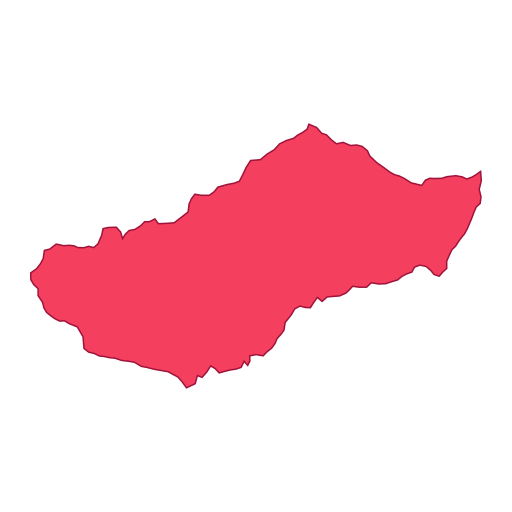 Paulistânia, São Paulo, Brazil (Natural Earth projection)
{"feature_id": "56859067B21120338583283", "entity_name": "Paulistânia", "entity_type": "district", "adm_level": 2, "iso_a3": "BRA", "parent_name": "Brazil", "parent_adm1": "São Paulo", "projection": "natural_earth1", "projection_center": [-49.301, -22.568], "detail": "fine", "context": "isolated", "style": "filled", "palette": "rose", "viewbox_px": 512, "rotation_deg": 0, "n_neighbors": 0, "source": "geoboundaries", "source_scale": "gbopen_adm2", "svg_char_len": 2367}
<svg xmlns="http://www.w3.org/2000/svg" viewBox="0 0 512 512"><path d="M480.6,171.4L476.2,174.6L472.0,177.1L466.7,179.0L462.3,176.9L455.9,175.7L446.7,176.7L442.0,178.3L435.0,178.5L429.7,178.3L425.5,180.1L421.8,185.4L411.3,182.9L404.4,178.5L399.3,176.0L394.8,174.8L389.8,172.1L383.7,167.5L376.8,162.7L369.8,156.0L367.4,150.7L362.1,146.4L356.7,145.0L350.5,145.5L343.1,142.4L336.5,143.8L331.9,140.3L326.4,134.8L321.7,133.3L316.6,127.5L308.9,124.2L307.1,129.2L302.0,132.8L297.8,135.0L293.6,138.3L286.4,140.5L279.7,143.8L274.3,149.7L267.4,153.9L260.3,159.7L250.6,160.5L246.0,167.7L242.8,174.6L239.4,181.2L234.2,183.2L227.2,184.5L217.9,187.1L214.2,191.7L209.3,195.3L201.3,195.3L194.9,194.2L191.4,198.8L189.1,203.9L188.1,212.0L174.2,222.8L165.7,223.4L158.4,223.7L154.9,218.9L149.4,221.7L144.7,221.7L140.8,225.6L135.0,229.4L129.2,230.5L125.4,234.1L122.6,238.6L120.6,232.0L116.3,227.2L108.0,227.5L103.1,228.6L101.7,235.2L98.0,243.8L93.8,247.6L88.7,246.3L84.0,247.7L78.0,247.6L73.8,245.8L69.4,245.3L63.7,245.7L56.2,244.1L49.7,249.1L44.4,250.4L43.2,258.7L40.4,263.8L36.5,268.8L30.7,272.9L30.9,279.8L33.7,284.5L38.1,288.7L38.1,295.7L42.5,302.2L43.9,307.8L46.7,312.5L50.4,315.5L54.5,318.5L59.7,321.1L64.4,320.8L69.5,323.8L77.3,326.9L83.0,336.7L84.0,348.5L88.6,352.1L94.3,353.5L99.4,356.0L104.3,356.5L109.2,357.6L115.0,358.2L121.5,360.4L128.9,361.3L134.5,362.3L141.4,366.4L146.9,367.4L154.3,369.3L168.1,371.7L172.8,374.3L177.9,377.0L182.1,381.8L186.5,387.8L195.2,383.7L197.4,375.6L202.1,377.3L206.8,372.0L210.7,365.9L215.3,368.7L219.2,372.9L225.3,371.2L230.6,369.9L235.7,369.2L241.1,367.4L244.1,361.3L247.7,365.4L249.9,361.0L249.7,355.8L256.2,354.6L263.2,355.8L266.7,352.1L271.6,348.2L275.0,343.5L277.1,338.5L280.9,334.4L283.9,330.3L285.2,322.4L291.3,314.8L294.7,308.9L299.9,306.1L305.5,307.5L310.4,307.7L313.4,302.9L317.3,297.5L322.1,301.4L327.2,296.9L332.1,296.5L339.6,295.9L345.9,293.1L349.4,289.8L352.6,286.3L359.3,287.2L366.6,287.2L371.2,282.8L378.8,284.0L385.6,283.7L391.7,281.7L397.7,279.9L401.9,276.4L406.5,274.0L411.8,272.1L414.6,267.1L419.9,265.1L426.2,266.5L430.7,270.4L434.1,274.5L439.2,276.2L443.0,271.8L446.7,268.5L446.7,261.2L449.4,255.0L452.0,249.6L455.5,246.3L458.5,241.6L461.5,237.5L464.6,233.8L467.6,228.0L471.6,218.6L474.1,211.9L476.2,207.1L480.2,203.4L481.0,196.7L479.2,189.5L481.3,180.7L480.6,171.4Z" fill="#f43f5e" stroke="#9f1239" stroke-width="1.5"/></svg>